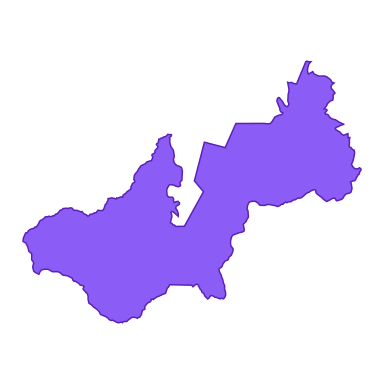 outline of Vale do Anari, Rondônia, Brazil
{"feature_id": "56859067B14375252511303", "entity_name": "Vale do Anari", "entity_type": "district", "adm_level": 2, "iso_a3": "BRA", "parent_name": "Brazil", "parent_adm1": "Rondônia", "projection": "albers", "projection_center": [-61.937, -9.691], "detail": "fine", "context": "isolated", "style": "filled", "palette": "violet", "viewbox_px": 384, "rotation_deg": 0, "n_neighbors": 0, "source": "geoboundaries", "source_scale": "gbopen_adm2", "svg_char_len": 6004}
<svg xmlns="http://www.w3.org/2000/svg" viewBox="0 0 384 384"><path d="M326.7,201.5L330.4,199.7L331.7,198.7L334.6,198.0L335.5,199.1L336.3,200.7L337.5,200.7L341.2,199.5L342.2,198.9L343.1,198.0L344.1,196.1L345.8,194.2L348.4,193.3L349.6,193.1L350.9,192.2L352.0,188.7L351.3,183.6L350.4,182.1L353.4,180.7L354.7,180.8L355.6,179.5L357.9,175.1L359.4,173.9L359.6,171.9L360.5,171.0L361.0,169.9L360.7,168.5L359.3,167.8L358.3,168.6L357.2,168.9L355.6,168.8L354.1,168.1L352.6,166.5L351.7,164.8L351.7,163.5L352.4,162.6L353.5,159.1L354.6,153.5L354.5,151.7L354.1,150.1L352.5,149.5L350.9,147.5L349.8,147.2L349.1,146.4L349.5,142.0L349.3,140.8L349.8,137.5L348.1,137.7L347.9,133.6L343.6,135.3L341.6,134.1L340.0,132.1L336.1,129.9L335.3,128.3L336.4,127.2L338.0,126.8L340.9,125.2L342.7,124.8L343.6,124.2L339.5,122.3L335.2,119.6L334.0,119.6L331.0,118.3L329.2,116.6L328.2,114.9L326.7,114.1L325.6,114.2L325.0,112.7L327.0,110.6L326.7,109.4L324.0,109.0L326.5,105.9L327.6,103.5L330.4,100.9L332.7,100.2L333.1,98.6L333.2,94.9L335.0,93.0L332.4,89.5L331.5,88.6L331.0,87.6L331.1,86.4L332.0,84.6L334.1,83.0L332.0,82.2L330.4,79.5L326.7,76.8L324.6,76.0L319.3,76.1L317.9,75.7L314.1,74.0L312.8,71.6L308.6,74.0L307.8,72.6L307.5,69.9L307.8,67.8L308.8,64.1L310.9,61.7L309.2,61.8L306.9,61.2L305.8,61.7L296.6,83.9L293.5,83.5L292.3,82.7L291.2,82.4L289.1,82.8L287.7,82.3L289.0,89.6L288.8,91.7L288.2,94.2L287.8,101.0L288.8,103.6L288.7,104.8L287.8,106.3L286.6,106.6L285.4,105.9L284.1,104.5L282.8,101.9L279.4,97.7L278.3,97.6L277.3,98.9L276.9,100.6L277.1,101.8L279.8,108.5L280.0,110.4L281.1,112.1L282.8,112.7L282.4,114.1L281.5,114.6L278.2,115.4L274.9,117.0L271.9,121.8L270.4,123.4L269.4,123.7L266.5,123.8L264.6,123.4L235.9,123.5L225.2,147.6L204.4,142.2L194.4,180.9L203.5,191.7L184.4,226.3L175.5,226.4L174.6,225.1L173.1,225.1L172.1,223.6L170.4,222.8L171.9,216.4L171.7,214.7L170.9,212.3L172.3,211.3L175.9,214.2L178.2,216.3L178.3,213.6L177.3,210.6L175.7,208.2L176.2,206.2L178.6,204.9L179.5,204.1L179.5,202.9L177.9,201.3L175.6,201.8L174.4,202.6L173.6,201.8L173.6,199.1L173.2,198.0L172.2,197.1L169.0,197.2L167.8,196.3L167.1,195.1L166.7,190.0L167.5,187.8L169.2,185.0L170.3,184.7L174.0,185.1L175.3,186.0L178.3,186.8L179.9,186.2L180.6,185.4L179.9,183.2L180.3,181.7L181.9,180.3L182.4,171.0L181.4,167.4L179.4,166.3L177.1,165.6L175.5,164.4L174.2,162.7L173.4,159.3L174.3,156.4L173.6,151.7L173.2,150.0L170.8,146.4L170.4,144.4L169.8,142.8L169.9,138.9L169.4,137.8L171.5,135.7L171.3,134.6L167.6,134.4L166.9,135.5L165.3,136.7L163.4,137.0L162.5,138.0L161.0,138.1L160.1,139.0L158.8,139.1L158.4,141.9L157.8,143.2L156.7,143.7L156.4,144.6L157.9,146.4L157.3,148.3L155.9,149.5L154.9,150.7L155.0,152.5L153.8,153.6L152.1,154.4L151.9,155.6L152.7,156.6L152.5,158.2L151.4,160.8L149.9,160.9L147.0,161.9L146.0,162.7L145.4,163.7L141.7,165.4L140.5,166.2L139.7,167.7L138.9,168.4L137.4,171.4L135.1,174.0L134.3,175.5L133.8,179.5L134.9,181.1L134.3,182.5L132.6,183.3L130.9,187.0L131.0,188.3L130.5,189.4L126.9,191.8L125.8,193.3L124.5,194.0L123.0,195.4L122.6,197.1L120.7,196.9L117.9,198.1L116.7,197.9L116.1,198.9L112.1,197.9L110.7,198.0L109.5,198.5L108.0,198.6L108.1,199.8L107.7,200.9L106.9,202.1L106.7,203.5L105.2,204.5L104.9,206.1L103.4,209.8L102.2,210.5L100.6,210.6L98.0,210.2L96.2,212.6L93.8,213.1L92.9,213.8L91.6,214.2L90.1,214.3L89.2,215.5L87.9,216.2L86.5,214.9L84.1,213.9L83.2,213.1L82.1,211.5L80.8,211.8L77.4,210.5L75.1,210.2L73.9,210.3L72.0,208.1L70.2,207.8L68.5,208.4L65.6,208.2L62.9,208.6L61.7,210.0L60.4,210.1L57.2,213.8L56.1,213.9L54.9,214.9L54.2,215.9L53.0,215.7L51.7,216.5L50.0,216.6L49.0,216.2L48.0,216.6L45.2,216.9L44.4,218.0L42.0,219.9L40.5,220.4L39.6,221.4L37.8,225.1L36.2,226.9L35.1,227.0L34.5,227.9L29.9,229.5L28.1,231.2L27.4,232.6L25.6,233.0L23.3,238.3L23.0,241.4L24.4,242.3L25.7,242.8L27.7,246.7L28.9,251.5L30.6,252.6L31.7,254.2L31.7,259.9L33.2,261.7L33.6,263.1L32.7,266.9L33.7,271.2L34.6,272.0L38.9,274.3L40.0,271.8L41.6,269.9L44.6,269.2L48.3,269.3L52.3,271.7L57.8,271.7L59.8,272.5L62.8,275.1L67.6,275.8L72.2,278.2L72.9,280.2L74.1,281.4L75.0,281.0L78.9,283.5L80.0,285.0L82.8,285.6L84.0,286.3L83.0,288.9L84.0,290.3L85.0,291.1L86.0,292.6L87.1,293.2L88.1,296.1L88.1,299.6L89.0,303.3L91.5,304.8L93.4,306.9L96.5,309.0L98.2,310.5L99.4,312.1L100.4,314.3L101.7,315.0L105.6,316.5L108.2,318.3L108.9,319.3L109.9,320.0L111.5,320.5L112.5,320.1L113.9,320.9L115.3,321.3L116.4,322.2L117.7,322.6L118.7,322.8L121.1,322.1L122.5,322.7L123.1,321.8L124.4,321.5L126.8,321.5L127.5,320.6L131.3,317.8L132.9,317.2L135.9,317.6L137.5,318.3L138.2,317.5L139.6,317.3L141.3,314.8L142.5,310.3L144.8,309.3L144.8,306.4L147.6,303.0L150.0,302.0L151.1,300.6L151.2,299.3L152.2,299.0L153.4,299.6L154.2,298.7L157.5,296.6L159.2,296.1L160.4,295.4L161.4,295.2L162.5,294.2L164.3,293.9L165.6,293.2L167.3,288.1L168.4,287.2L169.8,284.7L191.7,285.2L193.0,286.8L194.9,285.1L196.2,284.3L197.8,284.4L200.2,289.2L201.4,290.6L202.1,292.5L203.3,293.1L204.2,294.2L204.6,295.8L207.8,299.0L208.8,298.2L210.9,295.4L213.7,296.2L214.8,297.3L216.2,297.2L217.4,297.9L220.3,298.9L221.6,298.2L223.1,298.9L224.4,298.0L225.6,295.4L225.7,293.1L224.5,288.4L224.7,286.2L224.4,284.8L223.7,283.8L222.6,279.0L222.0,278.0L221.2,275.0L220.2,273.3L219.3,271.2L219.0,270.0L219.2,268.9L220.3,267.8L221.4,267.3L222.3,265.9L222.9,264.1L225.0,261.0L227.2,260.3L228.4,259.4L228.9,257.2L231.1,255.4L232.3,252.9L233.1,250.3L233.1,248.8L230.9,245.8L230.5,243.2L230.7,240.0L231.7,236.7L232.8,235.1L239.3,232.7L242.1,232.1L243.9,231.2L244.3,229.7L243.4,225.0L243.6,223.9L246.1,221.5L247.1,219.1L248.2,217.6L248.4,216.4L247.9,210.4L247.0,209.2L247.6,205.3L249.1,202.3L250.5,201.7L253.1,201.2L255.4,201.4L258.1,203.2L259.9,205.3L264.9,205.4L267.1,204.6L269.8,204.5L272.1,205.1L274.6,205.5L277.5,206.5L279.5,205.8L281.5,204.3L283.1,204.2L283.7,203.3L285.7,202.1L286.9,202.7L288.5,201.8L290.8,201.8L293.2,200.1L295.4,199.7L297.5,198.2L300.0,198.1L301.5,197.6L303.8,195.8L305.6,194.0L307.6,192.7L308.8,192.4L310.9,190.9L314.1,189.6L315.6,190.2L315.9,192.5L317.4,194.3L321.4,197.2L323.7,199.5L326.7,201.5Z" fill="#8b5cf6" stroke="#5b21b6" stroke-width="1.5"/></svg>